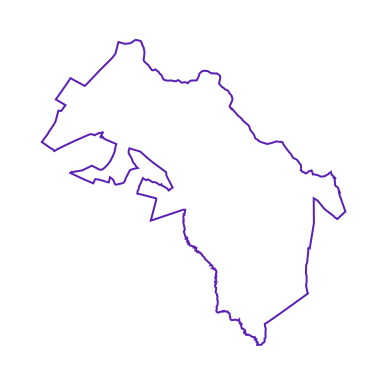 Stejaru, Tulcea, Romania, rotated 6°
{"feature_id": "2599482B28008731037476", "entity_name": "Stejaru", "entity_type": "district", "adm_level": 2, "iso_a3": "ROU", "parent_name": "Romania", "parent_adm1": "Tulcea", "projection": "natural_earth1", "projection_center": [28.523, 44.782], "detail": "fine", "context": "isolated", "style": "outline", "palette": "violet", "viewbox_px": 384, "rotation_deg": 6, "n_neighbors": 0, "source": "geoboundaries", "source_scale": "gbopen_adm2", "svg_char_len": 6026}
<svg xmlns="http://www.w3.org/2000/svg" viewBox="0 0 384 384"><g transform="rotate(6 192 192)"><path d="M50.8,165.7L53.5,163.6L60.1,159.4L69.7,153.6L83.4,145.8L85.7,144.9L89.6,145.7L89.9,145.2L93.7,142.8L96.0,143.0L96.6,141.9L97.1,142.1L95.2,146.8L96.5,147.4L97.2,146.4L98.1,147.0L99.1,148.3L111.7,152.2L111.1,156.0L110.9,159.6L109.7,164.0L107.8,169.2L105.2,173.7L101.6,178.0L99.8,179.3L98.0,179.5L89.7,176.3L80.7,181.9L71.2,184.6L69.8,184.7L69.7,185.0L69.0,185.8L82.8,190.6L92.9,193.7L94.4,189.3L98.3,189.4L108.1,191.2L108.5,189.4L108.8,185.9L111.5,187.4L113.2,189.4L114.3,192.0L115.2,192.6L115.9,192.6L122.0,190.5L123.1,189.8L123.9,188.6L124.0,187.7L124.8,184.9L127.8,177.2L128.3,176.6L131.2,175.2L135.6,173.8L134.1,172.7L131.9,170.1L130.3,168.6L127.9,164.0L125.1,160.4L124.7,158.1L125.2,155.1L136.4,157.2L144.2,162.9L150.2,166.8L164.1,174.9L164.9,178.4L172.2,189.5L169.1,192.6L168.5,192.9L168.0,191.9L166.4,190.8L163.6,189.5L161.6,188.9L160.8,187.5L159.7,188.3L158.4,188.1L155.9,186.5L153.5,186.1L152.0,186.4L146.8,184.0L145.9,184.8L145.0,184.9L142.8,184.0L141.8,183.3L138.8,192.2L138.6,194.9L137.8,196.9L137.8,199.4L142.7,199.9L157.1,202.1L157.2,203.7L154.0,224.8L185.2,210.5L187.1,210.4L186.9,214.2L186.3,214.6L186.7,214.9L186.8,215.5L186.4,215.5L185.9,216.8L186.1,218.1L186.7,220.6L186.7,221.6L186.4,221.5L186.4,222.6L188.8,230.1L188.0,232.2L190.2,237.3L191.6,237.6L192.1,238.2L191.5,239.1L190.9,239.4L192.4,240.1L192.3,240.6L192.5,241.2L193.1,241.3L193.1,241.7L192.5,241.8L192.4,242.0L192.7,242.4L193.6,241.7L193.9,242.6L194.3,242.9L193.8,244.0L195.0,244.3L194.9,244.9L195.2,245.2L196.1,245.6L197.3,245.5L198.2,245.8L199.0,246.2L199.2,246.9L199.5,246.7L199.6,246.1L200.0,246.0L200.4,246.6L200.8,246.5L201.1,247.0L202.2,247.1L202.2,247.6L201.7,248.1L201.4,247.7L201.0,247.8L201.1,248.1L202.0,249.0L202.1,249.4L201.7,249.9L203.0,250.7L203.9,250.4L203.9,251.2L204.6,251.1L205.1,251.5L205.5,251.5L205.7,251.1L206.1,251.2L206.7,251.9L207.6,252.2L207.8,252.8L208.7,253.4L208.7,254.0L210.9,255.6L212.6,257.9L214.3,258.8L216.0,260.4L217.0,260.8L217.9,262.0L218.5,262.3L218.1,263.0L219.3,262.9L220.0,263.4L220.7,265.1L220.1,265.7L222.1,265.9L221.9,266.4L222.1,266.6L222.6,266.2L222.7,266.8L223.7,266.9L224.6,268.5L224.5,269.3L224.9,269.9L224.5,270.6L224.3,271.8L224.8,272.5L224.4,273.0L225.0,273.9L224.1,274.4L224.0,275.0L225.1,276.2L224.9,277.8L225.6,278.6L224.4,278.9L224.7,279.9L225.5,280.9L224.8,281.5L224.7,283.1L225.3,283.8L225.4,284.4L226.0,284.8L226.2,286.8L225.9,288.8L227.0,290.6L227.9,291.7L227.7,292.3L228.3,293.5L228.3,296.3L229.1,297.7L229.2,301.6L229.0,302.5L228.5,303.1L228.4,304.2L229.0,305.3L228.9,306.1L228.5,307.0L229.0,308.6L230.5,309.3L231.2,308.7L232.8,308.4L233.6,307.7L235.4,307.7L235.2,307.2L235.4,307.0L236.5,307.1L236.8,306.9L238.8,307.5L240.0,307.1L240.2,307.5L240.2,307.9L240.5,308.2L241.4,308.7L242.0,308.7L242.3,310.4L242.7,311.3L242.6,311.8L243.2,312.6L243.2,313.7L243.9,314.9L245.3,315.3L248.4,314.4L251.1,314.9L251.5,314.9L252.3,313.9L252.7,315.8L253.2,316.5L253.0,317.1L253.4,317.9L253.9,318.0L254.5,317.6L255.2,318.2L254.8,319.7L255.7,322.4L256.2,322.8L257.0,322.6L259.5,324.1L259.5,325.3L258.8,325.5L259.1,325.9L258.5,326.6L259.3,327.1L259.3,326.5L259.7,326.5L260.9,327.6L261.0,328.4L261.3,328.5L263.6,328.0L267.3,329.8L269.6,329.8L270.0,330.5L269.8,331.1L270.5,331.3L269.9,331.7L269.9,332.1L271.2,332.4L271.3,333.3L272.4,333.7L272.8,334.5L272.4,334.8L273.1,335.2L273.3,335.7L272.9,336.0L272.8,336.6L272.7,337.2L273.0,337.3L277.0,336.6L277.4,336.2L278.0,334.9L279.6,333.7L279.8,333.2L279.7,331.5L279.4,330.3L280.3,329.4L280.4,329.0L279.7,323.9L279.7,321.1L279.5,319.7L278.7,318.0L278.2,315.6L282.5,312.2L293.4,302.7L317.9,280.8L317.0,278.8L315.8,274.8L315.2,273.8L315.4,269.4L314.6,262.7L313.8,261.3L313.2,252.6L314.0,249.3L313.7,246.2L313.9,245.1L313.8,238.6L313.4,236.7L313.7,235.5L315.0,235.9L316.5,210.2L313.7,185.5L318.0,187.5L324.7,194.3L327.3,196.2L335.7,201.3L336.5,202.3L338.4,203.1L339.0,203.7L339.4,203.7L346.6,195.4L338.8,178.9L338.1,176.4L338.8,176.6L337.1,173.2L335.9,171.7L334.6,171.3L333.5,170.1L333.4,168.2L332.7,166.0L332.8,164.5L331.7,163.3L332.7,163.0L331.1,161.6L329.0,160.2L328.9,159.3L328.0,158.5L328.0,157.7L326.7,158.7L325.6,160.1L323.6,161.4L322.9,162.1L319.4,163.2L318.6,163.2L315.2,162.1L310.7,161.6L310.5,161.8L308.7,158.1L306.2,159.1L303.7,161.6L303.0,161.6L301.4,160.7L299.4,160.3L299.1,159.6L297.8,159.0L298.1,158.1L297.6,154.1L293.3,149.2L291.5,148.3L289.0,147.5L286.0,143.5L284.8,142.6L278.3,135.6L276.7,133.0L275.3,132.8L273.4,133.1L271.8,132.8L270.4,132.9L265.9,135.0L261.9,136.4L255.8,135.2L252.9,134.2L251.8,133.2L249.5,132.2L247.8,128.8L245.9,126.6L244.1,125.0L243.4,124.0L242.3,121.3L241.3,119.9L235.0,115.5L234.1,114.3L232.2,112.8L229.0,110.7L227.3,108.8L224.5,106.3L223.2,105.6L223.1,104.9L222.8,104.7L222.1,105.0L221.4,103.9L220.6,103.3L220.5,102.1L221.0,101.4L222.5,96.4L222.4,94.3L221.7,93.6L221.6,92.7L221.0,91.7L219.2,90.2L217.3,87.5L213.9,86.3L212.5,85.1L211.0,84.5L207.6,81.5L207.7,79.1L207.9,78.5L208.2,75.3L207.7,73.5L207.2,73.0L204.3,71.4L202.6,71.8L201.0,71.7L199.7,72.0L197.5,71.4L195.3,70.2L191.2,70.1L190.4,70.4L188.7,71.5L187.0,73.6L186.6,76.3L185.1,80.3L184.3,80.7L180.8,81.0L179.1,81.4L178.2,82.0L177.1,83.6L176.5,84.1L176.0,84.2L174.9,83.6L172.9,83.6L170.2,84.4L167.3,82.4L166.5,82.2L165.8,82.5L165.4,83.1L163.4,83.7L159.7,83.2L156.5,83.8L152.9,83.6L152.6,83.1L151.2,82.3L150.6,80.9L149.2,78.7L147.2,77.4L146.1,75.9L144.8,75.3L143.3,74.0L142.2,74.1L141.0,75.1L139.1,74.8L135.2,70.2L132.3,68.3L130.5,66.7L129.9,64.8L130.2,63.6L130.2,58.9L129.8,56.2L129.2,55.1L129.0,53.9L128.4,52.6L127.4,51.5L126.8,49.6L125.7,47.8L125.0,47.2L123.0,46.8L120.5,46.7L119.4,46.9L116.5,49.5L115.0,50.5L109.9,51.7L103.2,50.5L101.4,62.4L100.7,63.7L98.0,67.8L87.9,80.2L74.7,97.4L74.2,97.7L59.2,91.5L57.2,95.6L46.9,114.2L57.0,118.8L56.7,119.1L56.9,119.2L53.5,125.0L52.7,125.2L50.9,125.0L50.6,125.3L49.0,135.7L47.6,139.3L43.7,146.6L43.2,147.2L42.6,149.2L37.4,158.0L47.2,163.4L49.0,164.1L50.8,165.7Z" fill="none" stroke="#5b21b6" stroke-width="2"/></g></svg>